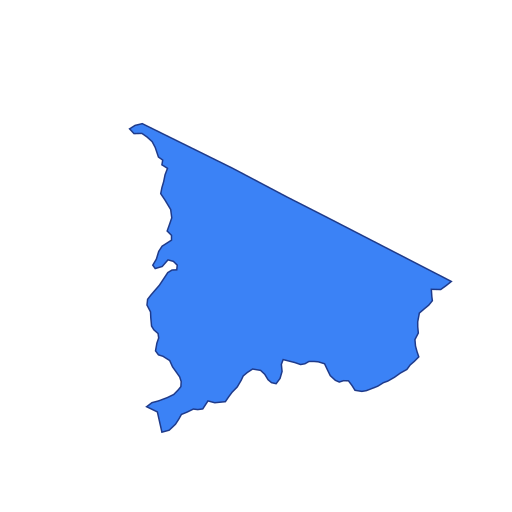 Graça Aranha, Maranhão, Brazil, rotated 334°
{"feature_id": "56859067B94805674111832", "entity_name": "Graça Aranha", "entity_type": "district", "adm_level": 2, "iso_a3": "BRA", "parent_name": "Brazil", "parent_adm1": "Maranhão", "projection": "mercator", "projection_center": [-44.344, -5.391], "detail": "fine", "context": "isolated", "style": "filled", "palette": "blue", "viewbox_px": 512, "rotation_deg": 334, "n_neighbors": 0, "source": "geoboundaries", "source_scale": "gbopen_adm2", "svg_char_len": 1793}
<svg xmlns="http://www.w3.org/2000/svg" viewBox="0 0 512 512"><g transform="rotate(334 256 256)"><path d="M198.1,86.3L200.0,92.5L207.2,95.8L210.2,101.2L212.8,107.7L213.0,114.3L211.7,124.3L214.2,128.9L211.4,132.8L214.9,138.4L209.9,143.1L205.6,148.7L201.4,153.3L197.7,158.2L198.7,165.6L199.7,176.8L197.0,184.8L191.7,190.1L187.1,194.6L189.1,200.4L187.0,204.7L175.9,206.0L170.6,209.2L165.1,215.1L159.2,219.0L159.9,223.1L167.1,224.3L175.2,220.9L179.4,224.6L181.2,229.7L178.7,233.7L174.4,231.8L169.5,232.2L162.7,236.2L156.4,239.9L144.9,244.8L139.6,247.4L136.5,252.3L136.7,260.0L134.4,265.3L131.4,273.2L131.8,277.5L134.0,282.7L132.6,287.0L128.7,290.9L124.1,297.2L125.0,302.1L128.4,305.3L132.6,312.1L132.4,319.1L133.5,325.6L134.4,331.2L133.7,336.1L131.2,340.5L127.0,342.4L121.4,344.4L114.3,344.4L104.8,343.5L98.2,342.2L91.6,343.5L99.0,352.9L94.2,373.1L101.6,374.5L109.9,371.9L115.2,368.7L119.5,365.7L125.7,366.1L132.6,366.1L136.3,368.5L141.1,370.1L149.3,365.2L154.6,369.8L164.6,373.5L169.7,370.6L174.7,368.0L181.7,365.5L188.2,361.2L191.9,358.2L197.0,356.9L203.4,356.1L210.0,360.8L212.0,366.1L212.6,372.5L214.4,376.6L218.1,379.6L223.9,376.6L228.8,371.2L231.3,364.5L235.0,361.0L244.1,368.7L248.5,373.1L252.8,374.3L257.3,374.0L261.9,376.2L265.6,378.4L270.4,382.9L270.3,389.7L270.3,396.1L272.8,402.5L275.6,405.8L279.9,406.4L284.4,408.7L285.5,414.4L286.1,420.1L291.8,424.1L296.2,425.4L308.3,426.4L315.0,425.7L319.6,426.2L327.3,425.7L334.4,424.5L341.9,424.1L346.8,421.5L352.1,420.1L358.1,418.0L358.8,412.5L359.9,406.8L362.2,400.8L368.1,396.4L370.3,390.6L372.5,386.0L377.8,378.9L383.9,377.3L389.7,375.9L394.9,373.5L396.3,369.4L399.0,362.8L407.3,367.1L414.2,365.9L420.4,364.5L337.5,253.4L309.6,216.4L273.2,166.6L211.8,87.2L204.6,85.6L198.1,86.3Z" fill="#3b82f6" stroke="#1e3a8a" stroke-width="1.5"/></g></svg>